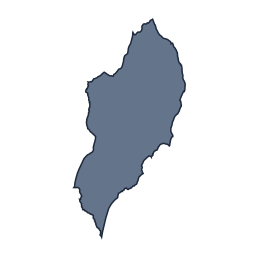 outline of Chíquiza, Boyacá, Colombia, rotated 348°
{"feature_id": "7082276B19361123637584", "entity_name": "Chíquiza", "entity_type": "district", "adm_level": 2, "iso_a3": "COL", "parent_name": "Colombia", "parent_adm1": "Boyacá", "projection": "equal_earth", "projection_center": [-73.45, 5.637], "detail": "fine", "context": "isolated", "style": "filled", "palette": "slate", "viewbox_px": 256, "rotation_deg": 348, "n_neighbors": 0, "source": "geoboundaries", "source_scale": "gbopen_adm2", "svg_char_len": 5738}
<svg xmlns="http://www.w3.org/2000/svg" viewBox="0 0 256 256"><g transform="rotate(348 128 128)"><path d="M192.8,83.3L193.3,80.1L193.2,78.5L193.4,77.7L193.1,77.4L192.5,77.2L192.4,77.0L192.7,76.2L192.0,75.2L191.8,75.1L191.6,74.9L191.5,74.3L191.4,73.7L191.5,73.0L191.3,71.6L191.4,70.7L191.6,70.3L191.4,69.7L191.5,68.9L191.3,67.9L191.6,67.5L191.6,66.5L191.9,65.1L191.9,64.5L191.5,63.1L191.4,61.7L191.0,61.1L190.6,59.6L189.9,58.6L189.8,58.3L189.6,57.3L189.5,56.1L189.2,54.4L189.0,54.2L188.8,54.2L187.6,54.6L187.6,54.3L187.7,53.9L187.7,53.0L187.5,52.5L187.2,52.0L186.6,51.5L185.2,49.7L184.9,49.5L181.0,47.4L179.7,45.1L178.5,43.7L177.7,42.3L176.2,36.9L176.1,33.7L175.9,32.6L175.5,32.0L174.7,26.7L173.4,27.2L172.6,27.3L172.1,27.5L171.1,28.7L170.3,29.3L169.8,29.5L168.9,29.2L168.7,29.3L168.3,29.4L167.9,29.7L167.3,30.1L165.6,29.5L164.7,29.6L163.4,30.7L162.7,31.5L162.4,33.7L161.9,34.8L160.7,36.1L159.8,36.5L159.3,36.7L158.1,36.3L157.4,36.3L157.0,36.5L154.9,38.2L154.3,38.3L153.7,37.8L153.1,37.1L152.7,35.5L152.3,36.3L152.2,37.3L151.9,38.2L151.1,40.1L148.1,46.0L147.0,47.1L145.9,48.5L144.8,50.4L144.3,52.1L143.2,54.8L142.9,55.2L139.9,56.6L139.3,57.5L138.4,59.0L137.4,62.0L135.2,66.3L134.0,67.9L132.7,68.4L131.0,68.6L130.4,69.3L126.9,72.2L125.2,72.7L124.2,74.3L122.4,73.4L121.2,73.3L120.7,73.0L120.2,72.5L119.9,72.0L118.9,71.2L118.0,70.1L117.1,69.3L116.7,68.7L116.2,68.5L113.7,69.8L112.7,70.5L111.6,71.1L110.3,71.5L109.3,71.6L108.0,72.5L106.7,72.6L105.5,72.9L104.6,72.8L104.3,73.1L103.8,73.8L103.1,74.3L102.7,74.8L102.3,75.1L101.8,75.1L101.1,74.9L100.2,75.2L99.1,74.9L98.6,74.7L98.7,75.0L98.5,75.6L98.0,76.5L97.8,77.1L97.9,77.5L98.1,77.9L98.1,78.5L97.5,78.8L97.4,79.0L97.3,79.6L97.0,80.1L96.6,80.5L96.3,81.1L96.1,81.2L95.8,81.0L95.6,81.2L95.5,81.8L95.0,81.9L94.8,82.0L94.6,82.9L94.2,83.5L94.2,83.8L94.3,84.2L95.5,85.2L95.9,85.6L95.9,85.8L95.6,86.5L95.5,87.3L95.8,89.2L95.9,90.4L95.8,91.2L95.4,92.6L95.8,94.0L96.1,94.7L95.9,94.9L95.5,94.9L95.4,95.1L95.5,95.5L95.8,96.4L95.7,96.7L95.4,97.4L95.4,98.5L95.1,99.1L95.1,99.5L94.8,99.8L94.2,100.2L94.1,100.5L94.0,101.2L93.6,101.5L93.5,101.8L93.3,102.5L93.7,103.5L93.0,104.4L92.7,104.6L92.6,105.0L91.7,107.5L91.3,108.1L91.0,108.4L90.6,109.1L90.4,109.3L89.9,110.2L89.6,110.9L89.4,111.1L89.3,111.8L88.6,113.5L88.4,115.0L88.3,116.7L88.6,118.8L88.6,119.2L88.5,119.9L88.5,120.3L88.7,120.6L89.3,121.1L89.6,121.6L90.5,124.0L91.6,125.0L91.7,125.4L93.9,128.5L94.5,129.7L94.1,131.3L93.3,133.3L92.4,134.9L90.0,139.7L89.8,141.9L89.0,143.3L87.6,144.4L85.6,144.9L84.5,145.6L83.5,145.7L82.2,146.2L78.6,148.8L71.4,158.3L69.2,161.6L66.7,166.3L64.7,170.6L63.6,174.1L62.6,175.0L64.5,175.5L66.1,175.6L67.2,176.3L67.4,176.6L67.6,177.0L67.9,177.9L68.0,178.6L67.8,179.1L67.5,179.8L67.5,181.0L67.8,182.1L68.2,183.0L68.2,183.6L68.5,184.2L68.6,185.1L68.2,185.2L67.6,186.1L66.9,187.3L66.8,187.9L66.2,187.9L65.8,187.7L65.9,188.5L65.7,188.9L65.6,189.4L66.2,191.2L66.6,191.7L66.8,192.2L66.4,193.4L66.6,194.5L66.2,195.3L66.3,195.8L66.7,196.3L66.8,196.6L66.8,197.1L66.7,197.6L66.8,198.5L67.0,198.7L68.1,198.7L68.3,199.1L68.4,199.9L69.1,200.2L69.4,200.5L69.9,200.8L70.1,201.4L70.8,201.8L71.2,202.7L71.7,202.8L72.4,203.2L73.2,204.3L73.4,204.5L73.7,204.3L73.9,204.4L74.3,205.0L75.0,205.3L75.2,205.7L75.6,205.9L75.8,206.2L75.7,207.3L75.3,208.5L75.3,209.3L75.4,209.5L76.0,209.9L76.2,210.5L76.2,211.3L75.9,211.8L76.0,212.0L76.4,212.4L76.5,212.7L76.3,213.6L76.7,214.7L76.7,215.0L76.5,215.3L77.0,218.6L77.4,219.1L77.5,219.4L78.4,219.8L78.8,220.9L78.7,221.2L78.8,221.5L79.4,222.6L79.8,222.8L79.9,223.0L79.9,223.4L79.5,224.1L79.4,225.1L79.3,225.5L78.4,226.8L78.6,227.3L79.2,227.9L79.5,229.3L81.4,224.5L87.7,211.2L92.4,202.7L95.7,199.0L99.3,196.2L101.1,195.1L103.4,194.0L103.5,193.5L103.7,193.1L104.2,191.8L105.1,189.9L106.0,189.8L106.6,189.6L107.9,188.8L108.2,188.7L108.5,188.9L108.9,188.7L109.2,188.8L109.2,188.5L109.4,188.6L109.8,188.4L109.9,188.2L110.8,187.8L111.3,187.8L111.9,186.9L112.0,186.6L112.4,186.4L112.9,186.4L113.4,186.7L114.0,186.4L114.2,186.6L114.6,187.7L114.9,188.0L115.4,188.2L115.9,188.0L116.5,187.6L116.8,187.5L118.1,187.6L120.8,185.9L121.5,185.7L121.9,186.0L122.2,185.7L122.5,185.6L123.0,185.2L124.6,184.7L125.3,183.9L125.8,182.8L126.8,181.6L127.9,179.2L128.7,178.1L129.5,177.5L130.1,177.4L131.8,176.0L132.8,176.0L133.4,175.6L132.9,174.3L132.9,172.8L132.6,172.2L132.8,171.0L133.3,170.4L133.7,169.4L133.8,169.1L133.4,167.8L133.4,167.5L133.6,167.4L133.6,167.2L134.4,166.2L134.8,165.9L136.2,163.8L136.5,163.4L137.9,162.3L139.2,161.7L139.9,161.1L140.2,161.0L140.5,160.7L141.8,160.2L142.4,159.8L142.6,159.7L143.1,159.8L144.1,160.3L144.4,160.5L144.8,161.4L145.0,160.7L145.5,160.6L146.1,160.0L146.5,159.9L146.8,159.7L146.7,159.0L146.8,158.3L147.3,158.3L147.6,157.6L148.8,156.3L149.6,156.0L150.0,156.0L150.6,155.5L151.4,155.7L151.9,155.5L152.6,154.7L153.7,152.8L154.5,152.4L155.9,150.9L157.2,150.6L159.2,150.4L159.9,150.5L160.5,150.8L161.1,151.3L162.1,151.6L163.5,152.4L164.3,153.5L164.6,154.1L164.8,154.2L165.0,154.0L166.0,151.3L166.3,150.8L166.7,149.5L167.0,149.0L167.2,148.6L167.7,147.6L169.0,145.9L169.4,145.8L169.9,145.9L170.1,145.6L170.2,145.0L170.2,143.8L169.9,143.4L169.7,142.6L169.6,141.9L169.2,140.8L169.3,140.2L169.4,139.1L169.9,137.1L171.2,135.0L171.8,133.8L172.5,132.2L172.8,131.2L173.0,130.9L173.7,130.3L175.3,127.6L176.2,126.4L178.5,124.8L179.3,124.6L179.7,124.3L180.6,123.1L181.5,122.2L183.1,119.5L184.3,117.9L184.5,117.9L185.0,116.5L184.9,115.1L185.1,114.2L185.0,113.5L185.1,112.6L184.9,112.2L184.6,112.1L184.7,111.8L184.7,111.3L184.9,110.9L186.7,108.1L187.7,106.8L188.5,105.6L190.2,103.6L190.7,104.0L191.5,102.6L192.4,99.2L192.8,98.1L192.9,97.1L193.1,96.7L192.8,94.2L192.4,93.0L192.2,92.4L192.1,91.7L191.9,90.9L192.6,88.2L192.6,86.3L192.5,85.4L192.8,83.3Z" fill="#64748b" stroke="#1e293b" stroke-width="1.5"/></g></svg>